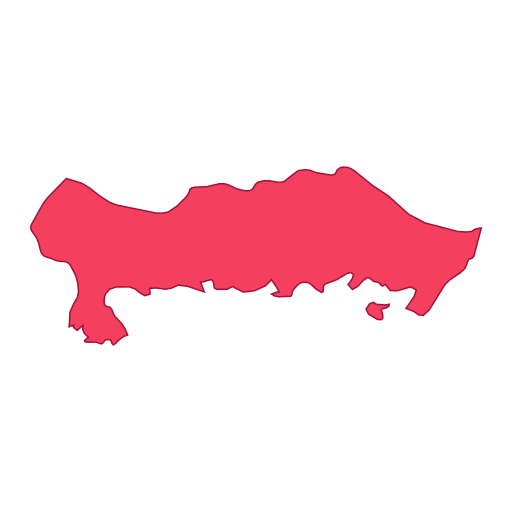 SVG path tracing the border of Blekinge
{"feature_id": "SWE-262", "entity_name": "Blekinge", "entity_type": "County", "adm_level": 1, "iso_a3": "SWE", "parent_name": "Sweden", "parent_adm1": "", "projection": "natural_earth1", "projection_center": [15.198, 56.256], "detail": "fine", "context": "isolated", "style": "filled", "palette": "rose", "viewbox_px": 512, "rotation_deg": 0, "n_neighbors": 0, "source": "natural_earth", "source_scale": "10m", "svg_char_len": 2920}
<svg xmlns="http://www.w3.org/2000/svg" viewBox="0 0 512 512"><path d="M481.3,228.0L473.8,256.4L472.0,258.2L468.9,259.4L467.3,262.2L466.3,265.7L464.6,268.8L460.1,272.9L449.6,280.0L445.0,284.5L429.4,309.7L423.2,315.5L418.7,314.9L413.7,311.4L406.0,308.4L414.1,296.6L416.2,289.9L410.7,286.9L397.2,290.8L390.3,290.6L385.5,284.5L382.4,286.1L380.9,285.0L379.5,283.1L377.0,282.1L373.6,281.4L369.7,278.2L367.6,277.5L363.1,280.6L357.7,286.4L352.4,289.5L348.0,284.5L349.8,282.4L352.4,278.3L353.5,274.3L350.8,272.5L347.1,273.4L336.8,279.7L325.4,283.9L323.6,285.7L323.2,291.2L321.8,292.5L316.3,289.3L314.3,287.6L312.0,285.2L309.1,283.0L305.0,282.1L301.1,282.7L298.2,284.4L293.7,289.3L292.0,292.7L291.9,294.9L290.7,296.3L278.5,296.8L274.8,296.0L271.5,294.1L276.8,292.0L279.0,291.9L277.4,288.5L271.5,279.7L265.6,285.7L255.0,290.6L243.5,292.1L235.2,288.1L233.1,286.6L230.9,287.2L228.8,288.5L226.7,289.3L216.4,289.3L214.3,288.0L213.3,281.9L211.6,279.7L209.8,279.9L203.1,281.9L200.5,282.1L201.5,284.2L203.4,289.8L204.4,291.9L187.9,286.4L178.4,285.1L171.5,288.1L165.4,289.2L156.5,288.0L149.7,288.3L150.1,294.1L144.8,295.7L140.2,293.1L135.4,289.2L129.6,286.9L116.1,287.0L109.7,289.2L105.4,294.1L104.6,297.0L104.1,301.1L104.4,304.7L106.3,306.3L110.2,307.4L112.1,310.0L113.2,313.2L114.7,316.1L122.4,324.4L125.0,328.7L127.7,335.0L124.6,336.1L121.1,338.2L118.0,340.8L115.6,343.4L113.4,344.9L112.0,343.4L110.7,339.8L105.3,339.8L103.5,342.5L101.8,343.9L99.5,343.4L97.6,342.5L95.5,342.1L87.9,342.2L85.0,341.8L84.6,340.4L88.4,337.2L86.1,335.2L84.0,332.8L82.8,329.6L82.8,325.4L77.1,330.4L74.1,327.9L72.9,326.2L73.5,325.4L70.1,326.3L69.2,326.8L70.0,312.0L73.7,303.7L77.4,297.5L78.5,291.5L77.8,283.5L75.7,275.5L70.5,265.4L68.3,263.1L66.4,262.0L64.2,261.5L60.8,261.4L57.1,260.8L54.7,260.0L51.9,258.7L44.2,256.2L41.3,253.0L39.8,248.0L38.6,242.8L36.7,238.2L31.3,230.2L30.7,227.4L31.5,224.4L43.5,203.0L47.8,197.5L66.3,178.5L81.4,183.1L89.8,188.1L99.9,196.1L109.5,202.2L116.4,205.0L155.7,213.0L162.3,213.2L168.1,212.0L177.0,206.1L186.5,196.6L188.3,193.8L189.4,191.2L190.0,189.1L192.0,187.8L194.9,187.2L206.7,186.7L219.4,183.7L224.2,183.7L228.0,184.7L236.1,188.5L242.4,190.3L246.9,190.8L249.8,190.6L251.7,189.7L253.0,188.4L254.1,186.4L255.7,184.1L258.3,182.0L264.0,180.7L269.7,180.8L277.4,182.2L281.2,182.2L284.3,181.4L289.9,176.9L297.4,171.2L299.1,170.5L305.1,169.7L310.2,170.3L316.0,172.6L330.5,175.0L332.8,174.9L335.0,174.1L335.9,172.6L336.5,171.3L337.0,170.4L337.9,169.5L340.5,167.5L343.8,167.1L348.4,167.5L353.5,170.1L372.8,185.7L388.2,195.8L408.8,214.4L425.0,222.9L457.8,231.5L466.4,232.0L471.7,231.4L474.6,229.4L479.8,228.0L481.3,228.0ZM383.3,304.9L386.7,304.9L389.2,304.2L388.9,306.1L385.7,308.2L382.1,308.7L381.4,310.5L382.7,314.4L382.8,317.4L382.4,318.8L381.0,319.7L378.5,319.6L377.3,319.3L368.5,314.2L366.1,309.1L369.5,303.9L373.4,302.3L375.1,303.6L377.3,304.5L380.1,304.5L383.3,304.9Z" fill="#f43f5e" stroke="#9f1239" stroke-width="1.5"/></svg>